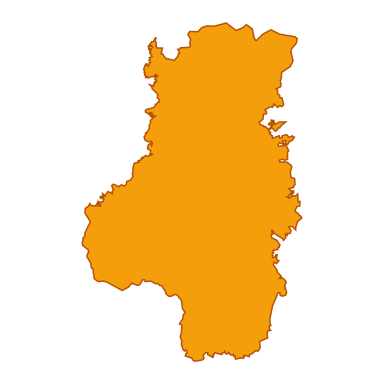 outline of Tarlisua, Bistrita-Nasaud, Romania
{"feature_id": "2599482B42096102689749", "entity_name": "Tarlisua", "entity_type": "district", "adm_level": 2, "iso_a3": "ROU", "parent_name": "Romania", "parent_adm1": "Bistrita-Nasaud", "projection": "albers", "projection_center": [24.155, 47.418], "detail": "fine", "context": "isolated", "style": "filled", "palette": "amber", "viewbox_px": 384, "rotation_deg": 0, "n_neighbors": 0, "source": "geoboundaries", "source_scale": "gbopen_adm2", "svg_char_len": 5956}
<svg xmlns="http://www.w3.org/2000/svg" viewBox="0 0 384 384"><path d="M249.2,356.6L249.6,354.7L252.4,353.5L255.8,350.5L257.8,351.3L260.2,347.9L259.5,341.6L267.6,337.9L267.1,332.6L267.8,331.1L270.6,330.3L269.3,329.3L269.3,326.0L270.9,325.4L270.1,323.8L269.9,318.8L272.5,306.1L278.0,293.0L280.0,292.8L280.2,295.3L282.5,296.2L285.8,295.0L286.6,292.3L285.8,289.4L284.8,288.5L285.5,287.4L284.5,286.0L286.2,282.5L285.3,280.5L282.8,278.1L279.6,278.4L281.4,276.4L277.6,272.4L277.0,270.1L273.4,264.8L274.0,262.1L276.6,263.6L278.9,260.8L277.1,260.1L276.5,257.6L277.2,254.8L275.9,254.8L275.1,257.2L272.4,257.6L273.0,255.5L272.2,255.1L272.5,252.8L273.7,252.8L273.0,250.5L277.7,249.5L277.5,248.4L279.2,247.4L279.3,245.3L280.0,245.1L276.6,240.0L271.5,237.7L271.4,234.7L273.1,233.8L272.1,233.0L271.6,230.7L272.4,230.5L275.1,234.0L282.1,238.3L283.5,240.4L285.7,237.6L285.4,234.3L287.0,235.4L287.1,233.3L288.0,233.9L290.5,233.0L290.9,230.2L288.6,226.8L292.2,226.4L295.7,229.9L295.7,227.4L297.6,221.7L301.8,218.0L300.9,216.1L299.2,215.5L298.4,213.8L294.9,211.1L296.7,206.8L299.7,206.0L300.0,201.4L298.1,201.8L297.7,194.0L295.6,195.9L292.4,196.1L289.1,198.2L287.0,196.7L289.2,196.0L289.1,194.8L292.3,195.0L291.0,193.5L291.9,193.3L291.3,192.6L291.7,191.8L293.5,192.9L293.6,190.9L291.1,190.9L288.7,188.8L293.6,187.4L293.6,185.9L295.1,184.5L294.6,178.5L290.9,177.4L290.4,171.8L291.8,167.0L291.2,165.5L287.0,162.1L279.9,162.0L279.3,160.3L282.5,159.0L284.5,160.3L287.6,159.2L287.4,152.3L288.7,150.9L286.3,145.3L279.5,146.3L278.1,145.9L278.2,144.3L279.6,142.6L284.7,144.8L284.9,143.8L283.3,143.3L282.7,140.9L285.9,140.6L285.5,143.5L286.6,144.5L288.1,144.0L288.9,141.9L292.3,140.3L294.4,137.2L292.9,136.9L292.3,135.8L289.2,137.4L286.6,134.7L282.4,135.7L281.8,137.8L279.7,138.0L279.3,135.8L272.5,138.1L272.1,135.6L269.5,133.7L270.7,132.6L268.4,130.6L272.0,127.7L275.2,131.2L277.0,130.3L278.4,127.9L279.7,127.8L281.2,125.6L285.8,122.0L279.6,122.0L274.9,124.3L274.4,122.7L273.3,124.1L273.9,120.5L271.1,120.1L271.0,120.9L272.5,121.2L272.4,122.2L268.9,123.3L268.6,124.7L271.0,125.2L271.8,123.8L272.8,125.1L268.6,129.4L265.3,126.5L264.2,127.0L263.2,125.5L260.7,125.1L259.1,122.3L262.9,119.4L263.4,114.3L266.3,113.8L266.7,112.2L265.0,109.9L265.4,109.5L270.8,106.6L272.3,107.4L273.8,105.4L273.4,104.3L274.6,104.2L277.6,107.4L280.0,105.5L281.7,106.6L282.7,106.1L283.6,104.4L282.0,97.9L279.8,97.5L279.7,95.4L277.6,93.7L277.5,89.9L276.3,88.8L280.7,86.7L281.0,83.4L280.2,81.2L281.4,77.3L281.6,72.4L290.3,66.5L293.0,61.0L290.8,51.0L291.4,49.1L296.3,43.2L297.3,38.7L295.2,36.9L279.5,34.1L270.9,29.8L263.0,34.1L256.3,40.6L255.4,40.3L254.0,37.2L252.2,28.8L246.4,24.7L242.6,27.9L235.9,30.4L226.4,23.0L213.9,26.3L207.0,25.9L201.9,27.6L197.8,31.7L189.7,31.5L187.9,34.4L190.7,39.3L189.7,43.5L190.6,44.5L189.9,46.6L188.7,47.4L180.4,47.8L179.9,49.2L177.8,49.3L179.7,53.1L178.5,53.6L178.0,56.2L174.2,60.4L165.5,58.3L162.6,54.0L161.1,53.8L162.5,48.1L157.0,48.0L156.1,46.3L156.2,42.8L155.2,40.2L156.1,38.1L155.3,37.9L153.3,41.8L151.8,41.7L148.8,45.7L151.5,45.5L152.2,46.8L150.7,46.2L148.4,46.8L149.0,49.9L149.6,50.1L149.5,48.7L151.4,48.9L150.1,51.7L150.8,52.3L149.6,52.9L152.1,56.5L149.3,57.7L150.2,59.0L148.4,60.8L149.6,60.3L150.5,62.6L149.1,63.0L149.5,64.1L148.3,66.2L146.1,65.2L147.3,64.7L147.1,64.0L145.7,64.0L143.6,69.2L144.4,70.9L144.1,72.4L145.0,72.9L144.5,75.1L146.0,76.1L145.3,78.1L146.3,76.8L148.1,78.3L146.7,76.5L148.6,77.9L150.7,76.7L155.4,76.6L156.1,76.1L154.3,75.5L155.6,74.5L157.6,75.8L157.5,76.8L155.6,77.0L154.8,79.2L156.5,80.0L156.5,81.1L154.9,81.5L154.3,82.9L155.3,82.7L155.1,83.4L154.0,84.0L153.6,85.9L149.8,84.8L151.8,86.9L152.2,88.7L157.8,94.4L157.3,98.1L158.9,99.2L159.5,102.2L157.9,102.1L156.2,104.4L155.2,104.4L155.4,105.8L153.1,107.8L146.7,109.4L145.5,110.3L145.3,111.9L148.3,113.6L151.8,117.3L151.9,115.6L148.8,113.7L149.8,112.7L150.2,114.3L151.9,112.2L151.6,113.7L152.9,114.4L152.3,116.4L155.2,116.1L150.3,120.6L150.5,123.1L149.1,125.6L149.4,128.4L146.2,133.2L145.5,133.1L145.5,135.0L144.1,137.0L144.9,139.9L148.1,141.8L151.2,141.3L152.5,143.4L151.7,145.6L150.5,143.2L148.1,145.2L147.5,148.7L150.9,150.9L150.1,153.2L152.4,154.4L150.9,155.3L149.9,154.5L148.7,156.1L147.3,156.3L145.7,155.3L143.0,158.3L142.9,157.1L141.4,158.0L140.6,160.2L138.1,160.7L137.9,161.5L138.8,162.1L134.2,163.3L133.0,167.7L132.9,172.3L132.2,173.8L133.1,176.0L130.7,180.0L126.8,181.4L126.5,183.5L124.8,186.0L121.2,184.8L118.8,186.7L113.5,184.2L111.7,185.5L113.4,190.3L112.1,191.4L112.5,193.6L107.9,191.6L105.0,195.6L102.5,193.5L102.5,194.5L104.2,195.9L102.8,195.8L103.8,197.7L103.2,197.9L102.8,196.7L100.2,196.6L100.5,198.3L102.2,197.0L102.8,197.8L102.3,198.5L103.7,199.5L102.6,202.1L99.9,201.9L99.7,203.7L98.5,201.9L98.6,203.3L97.5,202.4L97.1,203.1L97.7,204.2L100.2,204.5L100.7,206.2L96.6,205.8L96.5,204.6L94.9,206.0L91.1,205.5L89.9,203.5L88.3,206.2L85.3,208.5L84.9,213.0L90.4,221.7L84.8,233.1L85.0,235.8L83.0,238.1L83.0,240.5L82.2,242.7L82.6,245.3L88.3,249.9L88.5,252.1L87.2,254.7L87.0,256.9L90.8,263.2L91.1,267.3L93.4,270.0L93.1,272.3L94.0,274.9L94.0,278.4L96.4,280.4L98.8,281.7L102.4,281.0L106.5,281.9L122.3,290.5L128.7,286.9L131.8,283.2L137.2,285.3L139.8,284.7L142.7,279.8L144.6,279.8L145.1,281.6L151.1,281.1L155.5,283.8L157.5,283.3L159.7,285.4L162.4,286.0L163.2,288.4L165.5,291.3L165.9,293.7L168.5,296.1L170.7,296.4L175.3,294.3L177.3,295.2L181.5,300.6L182.5,308.6L185.0,312.3L183.0,315.7L182.9,318.7L179.4,323.9L181.9,325.1L181.4,333.1L180.2,336.5L182.0,341.5L181.3,344.0L182.8,349.0L184.4,351.1L185.3,350.1L186.6,350.5L187.3,352.6L185.9,353.6L185.3,356.0L191.7,358.1L193.6,360.9L196.8,361.0L202.8,359.8L204.0,358.3L203.2,355.4L205.7,352.7L207.8,352.6L207.7,354.7L212.9,357.4L213.4,356.4L212.6,355.0L213.8,354.8L214.7,352.8L221.8,354.5L221.5,353.4L224.0,352.6L224.6,351.3L226.0,354.0L227.9,353.7L228.6,352.5L230.8,355.1L233.3,354.5L233.6,356.3L234.8,355.9L235.5,359.1L241.8,357.7L243.1,358.5L244.3,357.1L243.8,355.5L244.3,355.2L249.2,356.6Z" fill="#f59e0b" stroke="#b45309" stroke-width="1.5"/></svg>